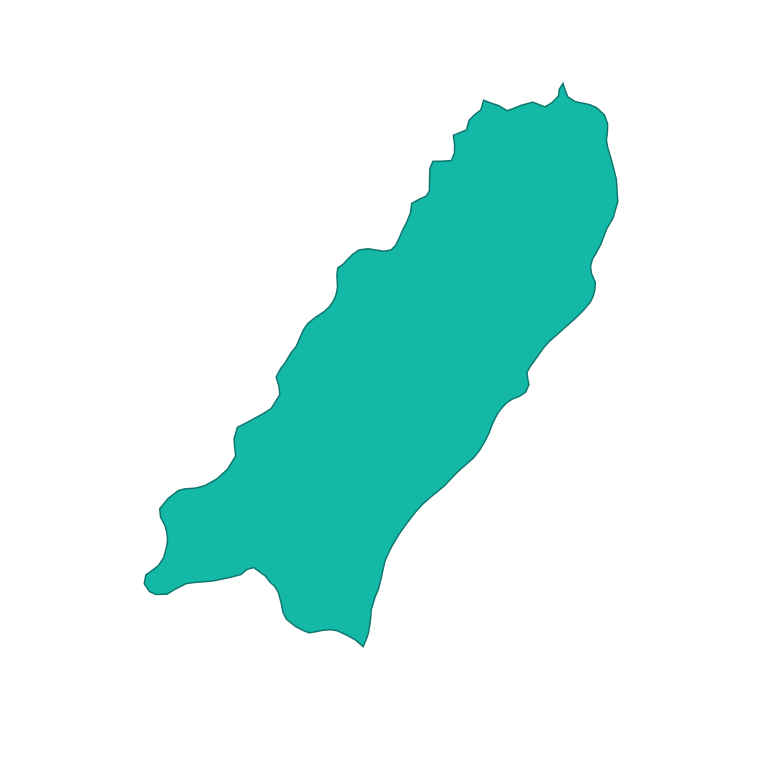 Sabino, São Paulo, Brazil (Albers equal-area conic projection), rotated 75°
{"feature_id": "56859067B35767000165463", "entity_name": "Sabino", "entity_type": "district", "adm_level": 2, "iso_a3": "BRA", "parent_name": "Brazil", "parent_adm1": "São Paulo", "projection": "albers", "projection_center": [-49.574, -21.483], "detail": "fine", "context": "isolated", "style": "filled", "palette": "teal", "viewbox_px": 768, "rotation_deg": 75, "n_neighbors": 0, "source": "geoboundaries", "source_scale": "gbopen_adm2", "svg_char_len": 2390}
<svg xmlns="http://www.w3.org/2000/svg" viewBox="0 0 768 768"><g transform="rotate(75 384 384)"><path d="M140.0,133.3L144.7,138.4L151.1,141.0L155.6,148.7L158.0,156.7L150.3,167.4L150.3,179.6L151.2,186.3L151.9,194.3L145.0,200.9L140.4,207.9L135.7,214.3L144.4,219.6L147.2,226.4L151.3,233.6L159.9,238.5L161.8,252.7L171.5,253.9L179.1,256.2L185.6,261.0L184.2,268.5L181.6,279.2L187.9,284.0L196.3,286.5L209.3,290.2L213.5,294.6L214.5,301.6L216.7,310.5L225.7,314.2L233.7,320.3L241.8,327.5L247.7,332.1L253.3,337.1L256.3,342.4L255.8,349.8L252.9,356.1L249.2,364.4L248.0,373.5L250.5,380.5L254.3,387.1L257.7,392.4L259.8,398.5L265.8,401.1L278.4,403.8L285.3,407.1L290.8,411.5L295.2,416.7L298.6,423.0L301.6,432.4L305.7,441.7L311.1,448.1L317.8,453.4L324.9,459.0L330.1,466.1L338.6,474.7L342.2,479.7L349.3,486.4L358.7,486.0L367.4,487.4L378.5,499.3L381.6,509.3L386.0,527.6L387.8,536.7L397.5,542.7L403.9,544.2L415.1,545.9L425.9,557.3L432.5,570.2L435.8,583.3L435.8,592.9L433.7,603.9L433.7,610.2L438.6,622.0L446.4,632.9L455.0,634.3L464.0,632.2L470.9,632.2L478.2,633.3L483.9,635.6L489.3,638.6L494.4,641.6L500.9,648.6L503.3,654.3L506.8,663.5L515.0,667.3L523.7,664.3L528.2,659.0L530.9,648.0L528.2,639.0L525.6,626.9L526.6,618.6L528.4,609.3L530.0,599.6L531.0,581.9L531.0,571.3L527.6,564.3L527.6,557.3L533.4,552.7L538.6,548.4L546.1,545.3L551.0,542.0L557.9,540.0L568.7,540.0L578.3,540.7L586.0,539.1L595.1,532.4L601.0,526.1L605.0,520.7L605.6,514.3L606.0,507.1L607.4,499.4L610.2,493.1L616.9,485.0L623.9,477.8L632.3,472.2L626.4,467.4L620.9,463.7L612.2,459.7L605.7,457.1L598.8,454.8L587.1,447.5L581.2,442.8L569.8,436.4L561.4,432.2L554.8,428.5L548.9,423.8L543.4,419.0L533.1,408.5L524.8,398.5L516.1,387.1L509.9,377.5L504.4,366.2L498.2,352.4L492.0,342.4L488.8,337.1L485.8,331.5L478.7,316.9L473.0,309.1L465.0,300.9L458.5,295.2L451.6,290.3L445.8,285.5L441.5,281.4L437.4,276.1L434.0,270.5L431.8,264.2L431.0,256.5L428.4,249.2L422.2,244.2L415.8,243.8L409.8,242.9L405.2,238.6L399.0,230.9L390.9,221.2L385.9,213.8L380.0,201.9L376.7,195.5L370.7,183.3L364.7,172.7L358.4,163.6L352.8,158.9L347.5,155.9L340.7,153.6L330.7,155.0L323.7,154.0L317.2,150.2L312.8,145.6L305.1,138.3L292.0,128.9L282.7,119.6L268.4,111.0L246.4,106.6L236.8,106.4L225.5,106.4L212.8,106.7L205.8,106.0L198.6,103.0L190.6,100.7L181.3,101.4L172.2,107.1L167.5,112.8L160.7,126.3L154.3,132.0L147.7,133.0L140.0,133.3Z" fill="#14b8a6" stroke="#0f766e" stroke-width="1.5"/></g></svg>